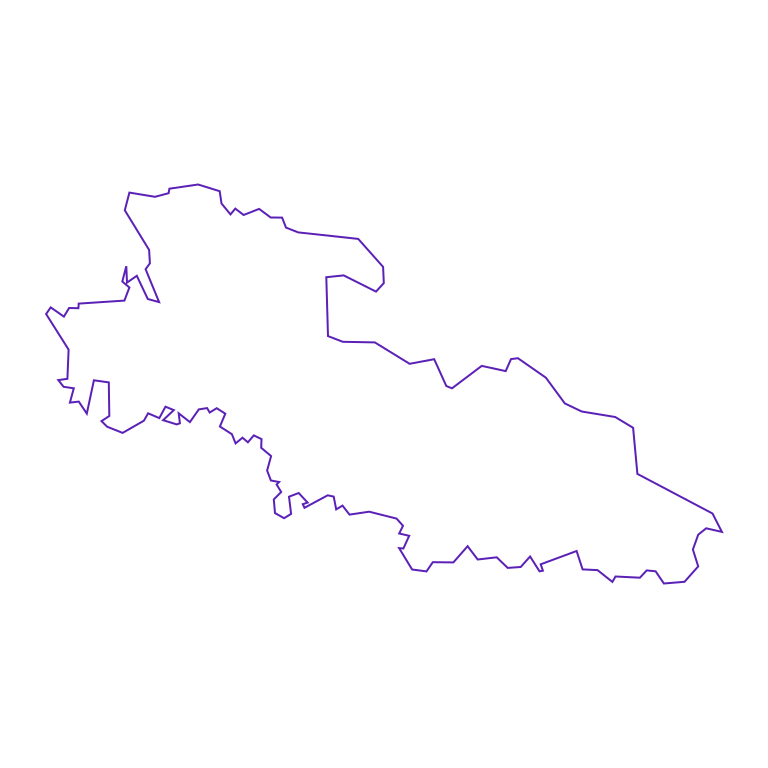 Yen Dinh, Thanh Hóa, Vietnam (Robinson projection)
{"feature_id": "81297802B9474885125507", "entity_name": "Yen Dinh", "entity_type": "district", "adm_level": 2, "iso_a3": "VNM", "parent_name": "Vietnam", "parent_adm1": "Thanh Hóa", "projection": "robinson", "projection_center": [105.598, 20.008], "detail": "medium", "context": "isolated", "style": "outline", "palette": "violet", "viewbox_px": 768, "rotation_deg": 0, "n_neighbors": 0, "source": "geoboundaries", "source_scale": "gbopen_adm2", "svg_char_len": 1912}
<svg xmlns="http://www.w3.org/2000/svg" viewBox="0 0 768 768"><path d="M129.4,192.6L124.8,210.3L149.1,249.9L149.9,263.3L145.6,269.2L159.1,302.1L147.8,299.0L136.8,275.8L127.0,282.6L126.3,266.2L122.3,281.5L129.4,287.5L124.4,300.6L78.7,303.6L78.4,308.2L69.1,308.0L63.9,316.6L50.7,307.4L46.1,314.0L68.6,349.6L67.4,378.8L58.3,380.1L63.6,386.8L73.8,388.3L69.9,402.6L78.8,401.6L86.8,413.6L93.9,380.3L108.8,382.4L109.3,416.0L101.5,421.1L107.1,426.7L122.6,432.9L143.9,420.7L148.1,413.3L159.3,418.1L165.5,406.7L173.8,410.1L163.1,420.2L176.7,424.4L179.9,423.3L178.7,413.3L189.9,422.1L198.8,409.4L207.1,408.1L209.7,412.5L216.7,408.2L225.3,413.7L219.9,426.5L231.9,434.2L235.6,443.4L242.5,437.7L247.9,442.3L253.8,435.4L261.5,439.1L261.2,447.8L271.1,456.1L267.1,470.5L270.9,480.5L279.1,482.0L276.6,484.5L281.2,492.0L273.8,499.4L275.0,513.1L284.1,518.2L291.1,513.9L289.0,496.7L298.7,493.0L307.6,502.6L302.8,504.2L304.5,507.8L327.7,495.3L333.7,496.6L336.2,509.4L342.5,505.6L349.5,514.6L369.2,511.7L396.6,518.6L403.0,525.8L399.2,533.5L409.2,535.8L403.4,548.5L399.1,548.1L412.1,569.5L426.5,571.4L432.8,562.2L453.4,562.4L467.6,546.2L477.7,559.5L496.7,557.3L507.7,567.9L520.7,567.0L530.1,556.5L539.5,571.3L542.9,570.7L540.7,564.3L576.6,551.0L582.6,569.4L597.5,570.1L612.4,581.9L615.5,576.5L639.9,577.7L646.7,570.4L655.6,571.3L663.9,583.5L684.5,581.8L698.2,566.4L692.9,549.5L698.2,534.7L706.2,528.3L721.9,531.9L712.5,513.5L637.4,473.9L633.1,427.8L615.2,417.0L581.7,411.5L564.8,403.4L545.9,377.7L517.9,358.2L511.0,359.1L505.7,371.1L481.7,365.9L452.0,388.3L446.3,386.0L434.2,359.2L409.6,363.8L374.8,342.4L342.8,341.8L328.0,336.1L326.3,277.2L343.7,275.4L376.0,291.6L383.8,283.1L383.1,266.9L358.2,238.9L298.2,232.4L286.0,227.6L282.1,217.6L270.7,217.5L259.1,208.9L243.6,215.0L235.3,208.6L230.5,214.4L221.5,203.5L219.7,191.2L198.1,184.5L169.4,188.7L168.6,193.2L155.0,196.8L129.4,192.6Z" fill="none" stroke="#5b21b6" stroke-width="2"/></svg>